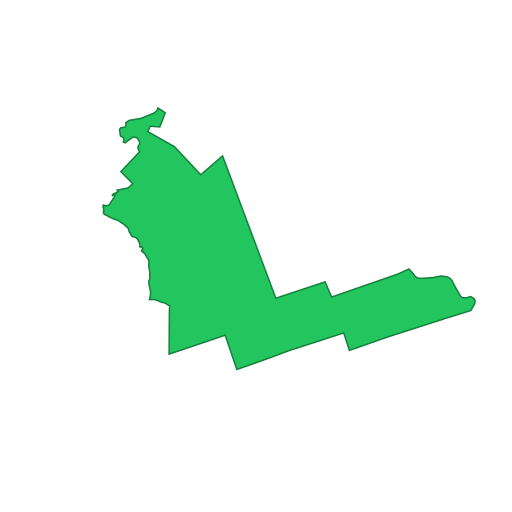 Viisoara, Teleorman, Romania, rotated 47°
{"feature_id": "2599482B74354015678393", "entity_name": "Viisoara", "entity_type": "district", "adm_level": 2, "iso_a3": "ROU", "parent_name": "Romania", "parent_adm1": "Teleorman", "projection": "mercator", "projection_center": [25.189, 43.787], "detail": "fine", "context": "isolated", "style": "filled", "palette": "green", "viewbox_px": 512, "rotation_deg": 47, "n_neighbors": 0, "source": "geoboundaries", "source_scale": "gbopen_adm2", "svg_char_len": 5435}
<svg xmlns="http://www.w3.org/2000/svg" viewBox="0 0 512 512"><g transform="rotate(47 256 256)"><path d="M442.4,136.0L440.2,129.0L438.5,126.5L436.2,125.5L432.1,126.6L430.1,130.6L427.1,133.6L424.3,133.7L410.4,130.3L407.8,129.4L404.6,129.4L401.6,130.4L396.8,134.3L392.7,141.0L385.5,149.9L383.4,152.0L381.5,153.1L378.6,153.5L375.2,153.0L369.8,153.0L366.1,164.2L337.6,228.7L322.0,223.1L300.4,270.3L160.0,212.2L158.9,241.0L120.3,241.1L91.3,250.3L88.9,244.9L96.0,238.3L89.4,224.7L80.9,226.7L82.2,229.7L82.0,232.9L76.9,246.2L70.4,256.1L69.6,260.3L71.6,261.6L72.4,263.6L70.0,267.7L70.4,269.6L75.8,273.3L79.1,272.3L80.6,273.1L82.2,275.3L84.2,274.3L84.2,272.1L85.2,264.5L88.6,262.4L93.1,263.2L94.8,265.0L95.4,267.5L96.6,268.7L99.4,269.9L100.4,270.2L102.1,297.3L119.1,296.8L119.0,303.0L113.1,312.7L115.0,312.7L114.9,313.1L114.8,313.7L114.8,313.8L114.6,314.1L114.7,314.5L114.7,314.8L114.5,315.1L114.2,315.7L113.9,316.2L113.8,316.5L113.7,316.8L113.5,317.3L113.4,317.5L113.3,317.9L113.3,318.4L113.3,318.9L113.4,319.5L113.5,319.7L113.8,319.7L114.1,319.7L114.2,319.0L114.2,318.6L114.4,318.1L114.7,317.8L114.9,317.6L115.2,317.4L115.4,317.4L115.6,317.4L115.7,317.6L115.7,317.9L115.7,318.4L115.8,318.7L115.9,318.9L116.1,319.2L116.3,319.5L116.5,319.7L116.6,319.9L116.6,320.1L116.7,320.4L116.7,320.7L116.7,321.2L116.8,321.7L116.9,322.1L117.0,322.3L117.1,322.9L117.2,323.3L117.3,323.7L117.4,324.3L117.6,325.1L117.8,325.8L118.0,326.5L118.2,327.0L118.3,327.5L118.4,328.0L118.4,328.5L118.3,328.8L118.2,329.4L118.2,329.6L118.0,329.8L117.8,330.0L117.7,330.2L117.6,330.3L117.5,330.6L117.4,330.9L117.3,331.2L117.2,331.4L116.9,331.6L116.9,331.8L116.7,332.1L116.4,332.1L116.2,332.0L115.8,332.3L115.4,332.4L115.1,332.5L114.9,332.5L114.7,332.8L114.7,333.0L114.8,333.4L114.8,333.6L115.0,333.8L115.4,334.1L115.8,334.4L116.0,334.5L116.5,334.7L117.1,335.0L117.5,335.3L117.8,335.4L117.9,335.5L118.2,335.8L118.4,336.0L118.6,336.2L118.7,336.3L119.1,336.4L119.4,336.6L119.5,336.8L119.6,337.3L119.8,337.5L120.0,337.7L120.1,337.9L120.2,338.1L120.4,338.3L120.6,338.3L120.8,338.3L121.0,338.3L121.3,338.4L121.5,338.4L121.8,338.3L122.0,338.4L122.1,338.5L122.2,338.3L122.5,338.3L122.8,338.3L123.7,337.9L124.3,337.7L124.7,337.5L125.3,337.3L125.6,337.2L126.1,337.0L126.6,336.9L127.1,336.8L127.5,336.5L127.8,336.4L128.4,336.2L128.8,336.0L129.3,335.9L130.0,335.6L130.4,335.4L131.0,335.2L131.5,335.0L132.0,334.8L132.4,334.6L132.8,334.3L133.3,334.0L134.2,333.5L134.9,333.1L135.4,333.0L135.8,332.8L136.2,332.6L136.7,332.4L137.2,332.3L137.5,332.2L137.9,332.1L138.2,332.1L138.4,332.1L138.8,331.9L139.2,332.0L139.5,332.0L139.9,331.8L140.4,331.6L141.0,331.3L141.2,331.2L141.6,331.1L141.8,331.1L142.1,331.2L142.3,331.2L142.6,331.1L142.9,330.9L143.2,330.9L143.5,330.8L143.7,330.7L144.1,330.7L144.4,330.8L144.7,331.0L144.8,331.1L145.1,331.1L145.5,330.8L145.7,330.7L145.8,330.7L146.0,330.6L146.3,330.7L146.6,330.6L147.1,330.7L147.5,330.6L148.0,330.6L148.3,330.7L148.7,330.8L149.2,330.8L149.5,330.9L149.9,331.3L150.1,331.3L150.3,331.3L150.5,331.5L151.0,331.8L151.3,332.0L151.7,332.2L152.0,332.3L152.3,332.3L152.6,332.3L152.9,332.5L153.7,332.6L154.3,332.7L154.9,332.8L155.2,332.9L155.5,333.1L156.1,333.3L156.7,333.4L157.1,333.3L157.5,333.2L158.4,332.6L159.8,331.7L160.1,331.5L160.5,331.3L161.2,331.2L161.5,331.2L161.9,331.2L162.5,331.1L162.9,331.2L163.3,331.2L163.6,331.3L164.0,331.5L164.3,331.6L164.5,331.7L165.1,331.8L165.5,331.8L165.8,332.0L166.3,332.2L166.9,332.4L167.5,332.7L167.9,332.8L168.4,333.0L169.0,333.5L169.4,333.8L169.7,334.3L169.8,334.7L170.0,334.8L170.2,334.7L170.3,334.4L170.7,334.3L171.1,334.1L171.4,333.8L171.6,333.6L171.8,333.3L172.0,333.2L173.7,333.8L173.8,334.2L173.8,334.3L173.6,334.7L173.5,334.8L173.5,335.1L173.6,335.4L173.9,335.9L174.1,336.3L174.3,336.3L174.5,336.4L174.9,336.3L175.0,336.2L175.4,336.1L175.8,336.1L176.1,336.1L176.2,335.8L176.3,335.6L176.4,335.8L176.5,335.9L176.9,335.9L177.4,336.0L177.8,335.9L178.4,335.8L179.2,335.8L179.6,335.9L179.9,336.1L180.3,336.3L180.6,336.4L181.2,336.4L181.8,336.5L182.5,336.7L183.0,336.8L183.4,336.8L184.1,336.9L184.7,337.0L185.4,337.1L186.2,337.4L186.5,337.7L187.1,338.2L187.7,338.7L188.2,339.1L188.8,339.9L189.2,340.4L190.1,341.1L190.7,341.6L191.0,341.8L191.6,342.0L192.1,342.6L192.4,342.9L193.2,343.3L193.6,343.6L195.3,344.6L195.9,345.0L196.3,345.5L196.8,345.8L197.0,346.0L197.3,346.6L198.0,347.4L198.4,347.7L198.7,347.8L199.2,348.1L199.5,348.3L199.7,348.6L200.0,349.1L200.2,349.5L200.4,349.8L200.6,350.0L200.8,350.3L201.0,351.1L201.1,351.4L201.3,351.6L201.7,352.0L202.4,352.5L202.9,352.8L203.2,353.1L203.5,353.4L204.2,353.9L204.9,354.4L205.3,354.6L205.7,354.7L206.2,355.0L206.9,355.3L207.7,355.9L208.4,356.4L208.7,356.6L209.1,356.8L209.7,357.2L210.3,357.6L210.8,358.1L211.0,358.2L211.3,358.5L211.5,358.7L211.8,359.0L212.0,359.3L212.2,359.6L212.6,360.0L213.1,360.4L213.4,360.9L214.1,361.9L215.3,363.7L215.8,363.2L216.1,362.6L216.9,361.8L217.2,361.4L217.5,361.0L218.0,360.6L218.7,360.0L219.5,359.5L219.9,359.2L220.7,358.8L222.1,358.1L222.7,357.8L223.1,357.7L224.0,357.4L224.9,356.9L225.3,356.7L226.0,356.3L226.9,355.6L227.5,355.2L228.5,354.7L229.0,354.5L229.5,354.3L230.1,354.2L230.9,354.0L232.0,353.6L233.0,353.2L233.5,353.1L233.9,353.1L234.0,353.3L234.2,353.8L234.4,354.0L234.6,354.3L235.0,354.7L237.3,357.0L268.5,386.5L292.7,333.0L292.7,332.5L325.9,347.4L333.4,330.4L340.8,313.1L348.2,295.3L363.0,263.8L372.1,244.3L388.7,252.1L405.0,215.0L429.8,162.2L442.4,136.0Z" fill="#22c55e" stroke="#15803d" stroke-width="1.5"/></g></svg>